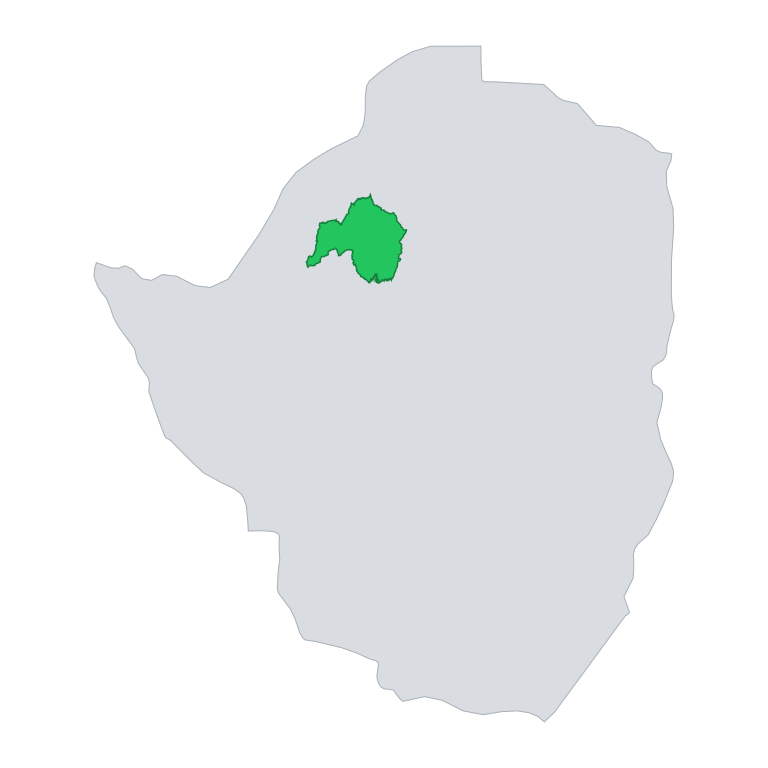 Gokwe North, Midlands, Zimbabwe shown in context
{"feature_id": "62879985B87269615821372", "entity_name": "Gokwe North", "entity_type": "district", "adm_level": 2, "iso_a3": "ZWE", "parent_name": "Zimbabwe", "parent_adm1": "Midlands", "projection": "equal_earth", "projection_center": [28.8, -17.557], "detail": "fine", "context": "in_parent", "style": "filled", "palette": "green", "viewbox_px": 768, "rotation_deg": 0, "n_neighbors": 0, "source": "geoboundaries", "source_scale": "gbopen_adm2", "svg_char_len": 8127}
<svg xmlns="http://www.w3.org/2000/svg" viewBox="0 0 768 768"><path d="M544.4,721.9L537.7,716.3L528.6,712.6L517.0,710.9L501.9,711.6L483.4,714.7L463.5,711.0L442.3,700.4L424.7,696.6L403.6,701.2L402.7,701.3L399.0,697.8L393.3,690.0L383.6,688.7L381.0,686.8L378.9,684.0L377.5,680.3L376.9,676.2L378.5,663.5L377.7,662.0L375.1,660.5L369.8,659.0L357.1,653.2L341.2,647.6L315.3,641.5L305.2,639.9L302.9,638.0L300.0,633.3L295.0,618.6L290.3,608.9L279.1,594.0L277.3,589.4L277.8,577.5L278.6,567.9L279.8,559.8L279.2,552.1L279.1,542.7L279.4,536.3L277.9,533.6L273.8,531.6L262.3,530.7L248.3,531.1L247.8,521.5L246.5,506.6L243.8,498.0L240.6,493.5L234.2,488.8L221.1,482.5L203.4,472.8L188.2,458.4L170.7,440.5L165.3,437.4L158.8,420.6L148.8,391.7L149.4,382.1L147.9,377.4L138.3,363.3L136.2,355.9L134.5,348.5L119.2,327.7L114.0,318.6L110.0,307.0L106.0,297.6L102.7,293.9L98.3,287.5L95.3,280.3L93.9,274.9L94.9,267.6L96.4,262.7L110.8,267.8L118.7,268.3L124.9,265.7L132.5,269.2L141.6,278.6L151.6,280.4L162.3,274.5L176.7,276.3L195.0,285.6L210.1,287.5L228.1,279.2L244.1,256.1L259.1,234.4L274.0,209.3L282.9,189.0L296.0,172.4L313.3,159.7L331.0,148.9L358.0,135.8L363.4,124.9L365.2,113.0L365.3,96.5L366.7,85.8L369.5,80.9L374.0,77.1L379.8,72.1L397.6,59.6L412.6,51.5L430.8,46.2L450.8,46.2L470.0,46.1L480.9,46.1L481.0,62.0L481.8,79.9L483.9,81.6L498.4,82.0L521.5,83.3L543.8,84.5L558.0,97.5L562.8,100.2L577.6,103.7L596.4,125.4L619.2,127.4L634.8,134.1L648.5,141.6L656.4,150.4L661.5,152.5L668.4,153.1L671.8,153.9L671.0,160.3L666.3,171.2L666.8,186.7L673.0,208.2L673.7,226.9L671.5,259.8L671.3,291.7L671.9,303.1L672.8,310.6L674.1,314.7L673.8,319.4L670.0,332.8L666.8,346.8L666.6,352.5L665.4,356.4L663.2,359.9L653.2,366.4L651.5,370.4L651.5,377.7L652.7,383.8L656.4,386.0L660.8,389.5L662.5,394.0L662.5,398.8L661.0,407.7L656.9,422.4L660.7,439.4L665.1,450.3L671.1,463.0L673.5,470.9L673.3,476.5L672.4,481.9L663.0,505.1L656.3,519.5L648.1,534.9L637.4,544.5L634.7,549.2L633.5,554.4L633.8,566.0L633.2,578.0L624.0,596.5L629.5,612.5L628.2,613.9L625.1,616.2L611.9,634.1L598.6,652.2L588.9,665.5L577.8,680.5L565.4,697.3L554.9,711.7L544.4,721.9Z" fill="#d9dde1" stroke="#a8b0b8" stroke-width="1"/><path d="M308.0,267.2L308.4,266.9L309.5,265.4L311.1,265.3L311.7,265.8L312.8,265.5L313.4,265.7L314.3,265.6L314.9,265.3L315.1,264.7L315.8,263.8L317.6,263.3L318.7,262.6L319.9,262.3L320.2,261.9L320.3,260.1L320.7,258.0L321.6,256.6L324.0,256.6L324.7,255.9L326.3,255.7L326.5,255.2L327.2,254.9L327.7,255.0L327.9,254.9L328.3,254.3L328.1,252.9L328.2,251.6L329.0,251.0L329.3,251.1L330.8,250.2L331.6,249.4L333.6,249.6L335.6,248.2L337.5,250.7L337.2,250.9L337.2,251.1L337.8,252.7L338.1,253.2L338.8,253.7L338.4,254.6L338.4,255.3L338.6,255.7L340.4,255.4L341.3,254.2L341.7,253.9L342.1,253.2L343.7,252.2L345.3,250.5L348.3,249.7L349.5,249.7L350.0,249.5L350.9,250.0L352.5,250.2L352.6,250.5L352.5,251.8L352.5,252.0L353.0,252.0L352.9,252.7L351.9,255.1L352.1,256.0L352.0,256.4L352.3,256.9L352.0,257.6L352.2,259.1L352.7,259.5L353.1,260.2L353.4,260.1L353.9,261.0L353.6,262.3L353.0,262.6L353.3,263.5L353.6,263.8L353.6,264.5L354.2,265.1L355.3,264.6L355.2,265.1L355.8,265.7L356.5,268.1L356.6,268.7L356.4,269.1L356.8,269.7L356.6,270.2L356.8,271.1L357.4,271.5L357.8,272.6L358.5,273.5L360.0,274.4L360.3,275.0L360.3,275.5L360.7,276.4L361.3,276.8L361.7,276.7L362.3,277.2L363.4,277.6L363.7,277.8L363.8,278.2L364.6,278.8L364.7,279.2L365.1,279.1L366.9,280.3L368.0,281.4L368.8,282.7L369.1,282.8L369.6,282.6L369.6,281.9L369.8,281.6L370.5,281.8L370.6,281.7L370.7,281.1L371.1,280.8L371.1,280.2L370.5,280.1L370.5,279.9L370.8,279.7L371.1,278.7L371.4,278.7L371.5,279.0L371.2,279.7L371.4,280.1L371.7,280.0L371.8,279.5L372.3,280.1L372.0,279.2L372.5,279.3L372.3,279.0L372.6,278.7L372.8,278.8L373.0,278.2L373.3,278.5L373.3,279.1L373.6,278.6L373.5,278.1L373.9,278.1L373.6,277.3L374.2,277.1L374.2,276.4L374.6,276.3L374.4,275.8L374.7,274.9L375.5,274.1L375.8,274.6L376.8,274.1L377.2,274.3L377.2,274.7L376.8,275.2L376.1,274.9L375.6,275.2L375.9,275.6L375.8,276.0L377.0,276.8L377.3,277.7L377.1,277.9L376.0,277.3L376.1,278.2L376.4,278.8L376.2,279.0L375.9,278.9L375.3,279.1L375.3,279.4L375.9,279.3L376.1,279.8L375.4,280.7L375.8,280.6L376.1,281.1L376.3,280.5L376.9,279.7L377.3,279.7L378.1,279.4L378.3,279.6L377.7,280.7L378.0,280.8L378.5,280.7L378.3,281.2L377.7,281.8L377.1,282.3L376.7,282.4L376.9,282.6L378.1,282.4L378.2,282.6L378.3,283.0L378.8,283.1L379.1,282.6L379.6,282.5L379.6,282.3L379.7,282.5L380.0,282.3L380.1,282.0L380.4,281.7L380.8,281.8L380.9,281.4L381.4,281.1L381.2,280.9L381.4,280.7L381.5,280.5L381.8,280.4L381.9,280.8L382.2,280.7L382.4,280.3L382.5,280.6L382.8,280.6L383.2,280.4L383.2,280.1L383.7,280.1L383.8,280.4L383.6,280.4L383.5,280.7L384.1,281.2L384.6,280.3L384.7,279.7L384.8,279.7L384.9,279.3L385.1,279.4L385.0,279.9L385.4,280.2L385.2,279.8L385.4,279.5L386.1,279.6L386.4,280.5L386.4,279.4L386.9,279.2L387.0,279.6L386.7,279.5L386.6,279.8L386.8,280.0L386.8,280.7L387.0,280.9L387.4,280.7L387.2,280.3L387.5,279.6L387.9,279.9L388.0,279.7L387.9,279.4L388.1,279.4L388.2,280.0L388.5,280.1L388.5,279.4L388.9,279.6L388.9,279.2L388.6,279.1L389.2,278.8L389.5,279.0L389.5,278.8L389.9,278.6L390.6,279.6L391.1,279.4L391.3,279.8L391.5,278.6L391.7,278.9L392.0,278.8L391.7,278.3L392.4,278.3L393.6,276.5L394.4,273.3L395.6,270.9L395.9,270.1L395.8,268.8L397.1,267.4L397.7,262.9L397.6,262.0L398.2,261.2L399.6,260.9L400.4,259.9L400.5,259.3L400.4,258.8L399.8,258.5L399.4,258.7L398.9,258.7L398.4,258.1L398.3,257.5L398.9,256.4L398.7,255.2L398.8,254.9L400.9,253.7L401.8,252.2L401.8,251.9L401.2,251.2L401.0,250.0L401.0,249.7L401.7,249.1L401.9,248.4L401.4,247.7L401.5,247.2L401.4,245.8L401.7,244.9L400.6,243.2L399.9,243.2L399.4,240.9L400.2,240.2L400.9,240.0L401.7,238.4L403.4,236.4L403.6,235.9L403.4,235.0L404.2,234.5L405.3,233.2L406.2,231.2L406.4,229.8L406.1,229.8L405.2,230.4L404.7,230.3L403.0,229.2L402.4,227.8L401.2,227.0L400.8,226.4L400.5,224.7L399.9,224.4L398.0,222.2L396.9,221.2L396.6,220.2L396.8,218.3L396.3,217.2L396.2,216.2L394.8,214.8L394.1,213.4L393.5,212.8L393.0,212.8L392.0,213.6L391.5,213.7L389.9,213.6L388.1,213.0L385.5,211.6L384.7,211.5L384.6,211.0L383.9,210.1L381.4,210.2L381.2,209.9L381.2,208.7L380.9,207.9L380.3,207.9L379.3,206.9L378.0,206.7L377.3,205.5L375.0,205.5L374.3,205.1L373.9,204.3L373.1,203.4L372.7,201.1L372.2,200.4L372.1,199.5L371.6,199.4L371.3,199.0L370.8,196.9L370.9,196.2L370.3,194.7L369.7,196.7L369.2,197.2L368.5,197.1L367.9,197.7L367.8,198.1L367.4,198.4L365.9,197.9L365.4,198.5L365.1,198.3L364.8,198.5L363.5,198.1L363.4,197.7L362.7,197.7L361.2,198.2L361.1,198.8L360.9,199.0L360.5,198.6L360.4,198.6L360.0,199.2L359.7,198.9L359.4,198.7L359.3,199.4L359.0,199.4L358.8,199.4L358.4,198.7L357.9,198.9L357.6,198.9L357.2,199.2L357.2,199.7L356.8,200.7L356.1,200.8L356.0,201.4L355.4,202.0L354.6,202.6L354.3,203.2L354.5,203.5L354.4,204.6L354.2,204.4L354.1,204.7L354.2,204.3L354.0,204.1L353.8,204.3L353.7,204.6L353.5,204.3L352.7,203.9L352.4,203.9L351.4,203.1L351.1,204.1L351.3,204.3L350.6,206.1L350.8,206.7L350.3,207.0L348.9,209.7L348.9,210.4L348.4,211.8L348.9,213.1L348.8,213.3L348.2,214.0L347.6,214.4L347.0,214.3L346.5,214.7L346.1,216.0L345.5,216.7L345.3,217.5L343.2,220.7L342.6,222.0L341.8,223.1L341.5,223.3L341.5,223.7L341.9,224.2L341.6,224.5L341.1,224.5L340.8,224.2L340.6,224.5L340.4,224.2L340.3,224.4L339.1,222.9L338.9,223.0L338.8,222.2L338.5,221.7L337.5,221.7L337.1,221.4L336.6,221.5L336.8,221.0L335.8,220.3L336.0,219.7L335.3,220.1L335.5,220.9L333.9,220.2L327.4,221.5L326.6,222.7L326.4,222.5L326.2,222.6L325.6,223.3L325.3,223.0L324.7,222.9L323.9,223.2L323.4,222.5L322.9,223.1L322.5,223.2L322.1,222.5L321.0,223.2L320.4,223.1L320.1,223.3L319.9,223.2L319.7,223.5L319.4,225.7L319.9,227.1L320.0,227.7L318.2,230.1L317.8,232.0L318.1,233.6L317.4,234.4L317.2,235.1L316.8,235.8L316.8,237.3L316.5,237.6L316.9,239.4L316.3,240.9L317.4,240.7L317.5,240.8L317.5,241.2L316.8,243.5L316.0,244.8L315.8,248.0L315.9,249.0L315.6,249.5L315.8,249.9L315.5,250.1L315.4,250.6L314.7,251.2L315.0,251.8L314.8,252.7L314.0,253.3L313.6,254.7L311.9,257.0L311.6,257.1L310.9,256.3L309.9,256.0L309.3,256.5L308.8,256.6L308.4,257.5L308.2,257.7L308.5,258.3L308.2,259.1L306.4,262.3L306.8,262.5L307.3,265.8L308.0,267.2Z" fill="#22c55e" stroke="#15803d" stroke-width="1.5"/></svg>